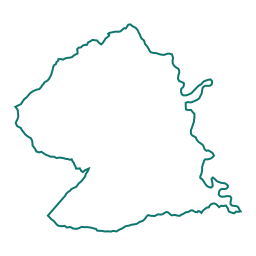 the district of Santa Helena de Goiás, Goiás, Brazil
{"feature_id": "56859067B47067738427104", "entity_name": "Santa Helena de Goiás", "entity_type": "district", "adm_level": 2, "iso_a3": "BRA", "parent_name": "Brazil", "parent_adm1": "Goiás", "projection": "albers", "projection_center": [-50.546, -17.788], "detail": "fine", "context": "isolated", "style": "outline", "palette": "teal", "viewbox_px": 256, "rotation_deg": 0, "n_neighbors": 0, "source": "geoboundaries", "source_scale": "gbopen_adm2", "svg_char_len": 4528}
<svg xmlns="http://www.w3.org/2000/svg" viewBox="0 0 256 256"><path d="M130.5,24.4L128.3,24.7L125.7,28.5L124.3,28.1L123.1,29.1L121.8,30.2L120.7,31.2L118.6,31.8L116.3,31.6L114.5,31.8L111.8,32.4L109.3,32.9L108.1,33.9L109.3,35.1L108.5,36.4L106.8,37.6L105.5,38.6L104.7,40.1L103.8,41.3L102.5,43.2L101.1,44.4L99.0,42.8L97.1,40.5L94.5,40.2L92.5,39.9L90.6,41.2L88.3,42.2L86.9,44.9L85.3,44.8L83.0,45.4L80.9,47.4L78.6,47.7L77.1,49.3L77.6,51.6L77.5,53.6L75.7,54.4L73.7,55.5L72.2,57.0L69.5,57.8L67.5,57.8L65.3,58.4L63.0,59.6L61.0,59.1L58.4,59.1L58.1,60.8L56.5,62.1L55.8,64.2L54.3,65.0L53.3,66.8L52.6,69.8L52.1,71.6L51.2,74.9L50.0,77.0L49.0,79.0L47.2,80.8L44.5,82.3L43.6,83.9L42.4,85.1L41.0,87.2L39.4,89.1L36.8,89.6L33.6,90.9L31.5,92.2L29.8,93.5L28.3,95.4L26.5,97.5L24.5,98.9L23.0,100.8L22.1,102.4L20.8,104.2L18.5,105.3L15.4,106.8L17.7,109.9L17.9,112.0L18.3,116.2L17.4,119.5L16.2,121.7L15.7,123.2L17.2,126.1L19.6,127.4L20.9,128.1L21.8,130.0L23.3,131.9L25.1,134.3L27.8,136.5L30.8,138.2L32.1,140.6L32.4,142.6L32.6,145.6L34.1,147.5L35.6,149.7L36.3,151.5L39.1,152.4L41.4,151.8L44.2,153.7L46.2,154.9L48.9,155.9L50.6,156.8L52.4,156.6L54.2,156.8L56.6,158.1L59.4,157.5L63.3,158.1L65.9,158.9L68.3,159.1L69.8,159.8L71.7,159.3L72.7,161.6L73.8,162.8L74.2,164.3L75.5,166.6L76.0,168.6L78.3,168.6L79.8,168.3L81.0,170.7L82.9,172.1L85.1,170.2L88.8,168.6L88.1,170.6L87.0,172.2L85.8,174.0L85.1,176.5L84.0,177.9L82.5,180.0L80.6,182.0L78.8,183.3L77.4,185.3L76.1,186.9L74.4,187.6L71.4,189.1L69.8,190.9L68.1,192.0L66.3,193.7L65.3,195.6L47.9,215.6L49.0,216.7L50.2,218.0L51.3,219.2L53.9,221.1L55.4,222.9L57.1,224.9L58.5,225.8L60.1,226.1L62.8,226.1L64.7,225.9L66.8,227.5L68.4,227.3L70.0,227.0L71.6,227.6L72.9,228.5L75.9,228.8L78.2,228.5L81.5,226.9L85.4,227.2L87.6,227.1L90.7,227.6L92.5,228.0L94.1,228.6L95.9,228.8L97.0,230.5L98.9,230.8L102.1,230.9L104.8,231.5L107.7,231.3L111.0,231.6L112.9,230.9L114.6,231.1L116.6,231.4L119.6,229.5L121.5,228.8L123.6,227.6L125.2,226.4L127.1,225.9L128.8,225.7L131.1,224.8L134.7,224.3L136.8,223.8L139.8,221.8L141.3,221.4L142.8,220.8L144.0,219.8L145.0,218.7L145.9,217.5L147.0,216.0L148.3,215.1L150.9,215.8L154.6,216.0L158.0,214.3L160.6,214.6L162.8,214.2L164.4,213.0L166.3,212.0L167.8,212.3L169.1,213.2L170.4,214.6L171.8,215.3L174.8,215.0L177.5,215.6L179.8,215.8L181.4,214.6L183.1,214.0L185.8,212.3L187.7,212.1L189.5,211.3L190.8,210.4L192.5,210.4L193.9,211.2L195.6,212.1L197.3,212.2L198.3,211.0L199.8,211.5L201.4,212.9L202.7,210.9L204.9,209.0L206.8,207.6L208.8,207.4L209.5,205.9L211.3,204.1L213.7,203.4L215.9,204.0L217.0,205.0L219.1,207.2L221.0,205.8L223.4,206.0L225.9,205.6L227.9,208.5L228.3,210.1L228.9,211.5L231.3,212.5L234.1,213.3L236.0,211.6L238.5,211.8L240.6,211.4L239.6,210.0L238.4,207.4L236.7,206.2L232.0,205.6L230.5,204.1L230.6,201.6L231.1,199.6L231.3,198.0L230.3,196.4L227.7,196.0L223.8,196.7L221.5,196.7L219.9,196.0L218.7,194.4L219.2,191.2L220.3,189.7L222.0,188.9L224.7,189.0L226.5,188.6L227.9,187.0L227.8,185.4L225.3,183.4L223.2,183.1L221.1,182.8L218.4,181.9L216.9,181.2L215.0,179.2L212.9,177.5L211.5,178.9L212.2,182.0L212.5,183.8L212.7,186.2L211.0,187.6L208.5,187.0L206.5,185.5L204.7,183.1L203.7,181.3L202.3,179.4L200.3,178.0L200.3,176.3L201.4,173.8L202.1,170.5L202.1,167.3L202.8,164.7L203.4,163.2L204.2,160.4L205.2,159.3L208.0,159.3L210.6,158.6L212.3,157.5L213.9,155.8L213.1,153.8L212.1,152.6L210.2,151.5L208.3,150.4L206.4,150.8L204.6,149.3L204.0,147.5L203.1,145.3L201.3,143.8L200.0,142.9L198.6,142.0L196.5,139.4L195.9,137.5L194.4,136.6L192.4,135.6L191.1,134.1L190.8,131.5L191.1,129.7L191.9,127.8L193.1,124.0L194.0,121.5L194.0,119.9L194.4,118.1L194.4,113.8L192.9,112.4L191.0,109.9L188.0,110.1L186.0,109.4L185.7,105.4L185.7,102.9L187.7,102.0L189.8,102.4L191.3,102.3L193.7,101.4L197.2,99.8L199.2,98.4L200.5,95.7L201.7,93.4L202.1,90.6L202.5,88.2L203.4,86.9L205.2,85.8L206.9,85.8L209.8,85.8L211.5,84.7L212.1,82.9L212.1,81.2L210.5,79.4L207.0,80.1L205.3,80.9L203.8,81.4L202.5,82.7L201.4,84.2L199.7,85.1L197.7,86.5L196.4,88.0L194.4,90.0L193.0,91.5L191.4,93.2L189.0,94.3L186.5,95.3L183.6,95.4L181.8,94.3L180.9,91.1L181.3,88.9L183.3,86.9L183.9,85.1L183.8,83.0L181.2,81.8L179.1,81.0L178.0,78.8L178.3,75.7L179.3,72.3L179.0,70.0L178.0,68.5L176.6,67.8L174.4,66.1L173.5,64.8L172.7,63.2L172.6,60.4L173.1,57.8L171.9,54.4L169.7,53.7L167.9,53.6L166.4,54.1L164.0,54.9L161.6,54.7L158.6,54.0L156.8,53.2L153.2,52.9L151.1,52.4L149.7,51.0L148.8,49.1L147.1,46.3L144.9,43.8L144.4,41.6L143.7,40.2L141.6,38.6L140.4,36.3L140.0,34.8L138.7,32.6L137.7,30.2L136.0,28.1L134.2,27.0L132.2,26.0L130.5,24.4Z" fill="none" stroke="#0f766e" stroke-width="2"/></svg>